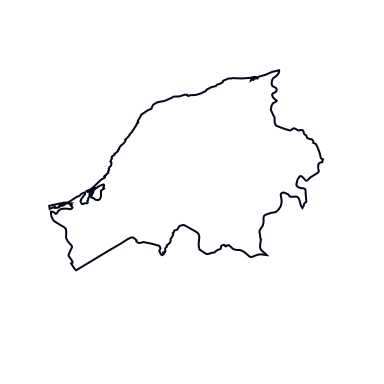 an SVG outline of Oaxaca, rotated 146°
{"feature_id": "MEX-2723", "entity_name": "Oaxaca", "entity_type": "State", "adm_level": 1, "iso_a3": "MEX", "parent_name": "Mexico", "parent_adm1": "", "projection": "orthographic", "projection_center": [-96.38, 17.163], "detail": "fine", "context": "isolated", "style": "outline", "palette": "ink", "viewbox_px": 384, "rotation_deg": 146, "n_neighbors": 0, "source": "natural_earth", "source_scale": "10m", "svg_char_len": 6041}
<svg xmlns="http://www.w3.org/2000/svg" viewBox="0 0 384 384"><g transform="rotate(146 192 192)"><path d="M318.1,260.4L304.3,254.9L301.4,253.0L298.6,252.5L290.2,252.4L288.6,252.1L287.6,251.6L286.6,252.0L285.3,252.2L282.9,252.1L281.6,251.8L281.2,251.2L281.5,250.5L282.2,249.9L287.4,248.2L289.7,246.6L290.0,243.8L289.4,243.2L287.0,242.5L285.6,241.5L285.1,241.4L284.6,241.5L284.2,241.7L283.9,243.0L282.6,243.5L281.5,244.6L281.6,244.8L279.1,246.0L278.1,247.6L277.3,248.2L276.6,247.1L276.4,246.4L276.4,245.7L277.1,245.1L278.0,244.6L278.5,243.9L277.9,242.9L277.0,241.9L276.4,239.7L276.0,239.2L274.4,237.8L273.7,237.6L272.1,237.8L270.7,238.6L269.6,239.7L267.0,243.6L266.4,244.0L262.9,244.0L263.2,245.2L262.8,245.5L262.0,245.7L261.7,246.0L261.0,247.1L261.1,247.7L262.3,248.1L264.9,248.7L267.0,248.9L270.8,248.7L272.8,248.3L273.3,247.8L274.4,246.6L274.8,246.5L275.2,247.5L273.4,248.4L270.8,249.0L269.1,249.2L271.1,249.7L276.6,249.5L278.3,250.2L279.2,251.6L278.9,251.9L275.8,251.0L271.2,251.2L261.0,253.0L258.8,253.0L257.6,252.7L256.0,252.8L255.6,253.2L256.0,254.0L255.3,254.3L253.7,254.0L253.0,254.6L250.9,254.6L250.1,255.3L250.0,256.1L248.8,256.5L248.1,257.1L248.1,257.8L247.9,258.0L247.1,258.2L246.6,258.7L244.7,259.0L243.8,259.6L242.3,261.6L242.6,262.9L241.9,263.2L241.0,264.0L239.5,264.6L239.3,265.5L238.9,266.1L235.4,266.2L235.2,266.8L230.6,267.3L230.1,268.1L228.4,268.3L228.1,269.1L225.2,270.2L222.6,270.4L219.7,271.0L218.3,271.9L218.3,272.6L215.6,273.1L212.2,274.0L211.7,274.5L207.4,275.5L206.9,276.1L204.7,276.7L203.1,277.7L201.8,278.0L200.2,279.1L199.5,279.2L199.2,279.6L198.6,279.9L197.9,279.6L197.3,280.2L197.4,281.1L192.7,283.3L190.7,284.5L187.7,284.4L183.2,284.5L179.0,283.7L178.1,284.6L176.7,285.2L175.7,285.9L174.6,286.1L171.9,285.7L171.5,286.0L168.0,284.7L164.0,282.9L156.6,281.5L154.1,281.4L149.0,278.3L143.5,276.7L141.8,275.4L142.1,275.1L141.1,273.4L140.2,273.6L138.7,272.8L135.2,270.7L132.5,269.6L128.8,268.6L127.7,268.6L124.1,268.0L122.7,268.7L117.2,268.0L113.0,266.5L111.3,266.9L107.8,266.0L105.2,265.9L103.9,266.8L98.4,265.7L97.3,265.2L96.1,264.2L94.6,263.7L88.1,258.9L85.9,257.5L79.7,254.0L77.6,253.3L75.6,252.4L74.5,251.2L78.1,252.2L79.9,252.5L80.8,251.6L79.9,251.7L78.2,250.6L77.4,251.2L76.2,250.7L75.0,250.3L74.5,249.6L74.2,249.5L73.9,249.9L73.1,250.3L71.9,250.2L65.9,248.2L58.2,246.7L53.0,244.7L51.8,244.3L51.7,244.1L51.8,243.9L52.7,242.9L53.8,242.1L55.0,241.6L56.5,241.2L61.4,240.8L62.9,240.0L64.4,238.5L65.7,236.8L66.1,234.9L64.3,231.4L64.3,229.9L65.1,228.8L66.6,228.1L69.7,228.5L70.9,228.1L71.1,227.9L71.4,227.4L71.9,225.6L71.7,223.8L70.7,220.3L72.2,219.9L74.7,220.3L75.5,220.2L78.2,218.8L78.5,218.6L79.0,217.6L79.9,217.0L80.4,216.4L80.8,215.6L81.7,210.0L81.7,208.0L84.1,204.2L84.9,202.2L85.2,200.9L84.9,199.6L82.8,196.5L79.2,191.6L76.4,188.3L75.7,188.0L73.2,188.1L71.8,187.8L70.8,186.4L70.0,184.6L69.2,183.3L66.9,182.5L66.1,181.8L65.7,180.6L65.9,179.2L66.4,178.0L66.5,176.9L65.7,175.1L66.1,173.5L66.2,172.6L66.0,171.7L65.6,171.2L63.3,168.6L62.9,166.9L63.1,166.1L64.0,165.1L64.0,164.8L62.6,163.0L62.5,161.6L63.2,157.6L64.4,152.8L66.2,148.0L66.0,147.1L65.1,145.9L67.3,144.0L69.3,144.7L71.3,144.6L72.9,143.0L74.2,140.9L75.0,138.9L75.5,138.1L76.2,137.7L77.0,137.6L85.5,137.9L90.3,137.1L90.9,137.4L91.3,137.9L91.8,141.4L92.3,143.3L92.6,144.1L93.3,144.6L94.2,144.7L97.2,143.5L97.9,143.0L100.9,140.3L101.7,139.1L101.7,138.5L101.3,136.7L100.8,136.0L99.7,134.5L98.9,133.8L97.6,132.8L96.9,131.9L96.7,130.8L97.0,129.7L98.4,127.6L102.3,120.6L103.1,119.8L103.9,120.0L105.4,119.6L107.6,117.8L109.4,117.0L109.4,119.5L107.8,124.2L107.1,126.8L107.3,128.8L108.0,129.7L108.9,130.4L110.8,131.5L112.9,132.9L113.4,133.6L113.6,136.3L115.9,139.9L116.6,140.4L117.4,140.8L118.3,140.9L119.2,140.7L119.9,140.2L120.4,139.4L122.2,135.3L124.1,132.6L126.6,130.5L130.2,129.0L132.9,128.6L134.1,128.6L138.2,130.5L143.7,132.0L145.6,131.9L147.2,130.6L148.4,128.6L149.6,127.0L151.6,125.0L152.3,124.4L155.9,123.1L157.8,122.0L158.5,121.0L159.5,118.5L160.8,116.3L161.2,115.3L161.4,114.1L165.2,109.9L166.4,108.2L167.1,106.2L166.9,104.1L165.6,99.8L165.3,97.9L169.3,101.4L171.3,102.7L173.5,103.5L178.0,104.5L179.3,105.0L180.3,106.0L182.2,113.0L183.5,115.5L185.1,117.5L187.8,119.3L189.2,121.0L189.8,121.9L191.1,127.1L192.6,128.1L194.0,127.9L194.6,128.1L194.8,128.6L194.6,129.7L195.1,130.3L196.6,130.9L197.4,130.9L198.2,130.8L199.3,129.4L199.7,129.0L200.5,128.9L202.5,129.5L205.0,129.7L206.7,129.3L207.3,129.4L209.8,130.6L212.6,131.3L214.3,132.1L215.4,133.9L217.0,138.0L218.0,139.9L216.9,143.0L215.3,145.5L211.0,150.7L210.1,153.2L210.2,154.9L210.8,156.6L216.8,168.6L217.6,169.5L221.0,170.8L222.8,170.3L224.9,169.2L226.3,169.3L227.9,169.9L228.6,169.8L229.4,168.9L230.9,168.7L231.1,167.5L231.3,167.3L234.4,165.5L235.9,165.1L237.4,163.1L238.6,162.3L239.9,162.0L242.6,162.0L242.6,161.5L243.1,160.8L244.8,160.6L245.9,160.0L246.7,159.0L247.3,157.7L247.8,157.3L249.7,158.1L250.1,157.8L249.6,156.8L249.9,156.4L251.9,156.2L252.4,156.8L252.6,157.6L252.1,161.5L249.9,162.7L249.5,163.4L249.2,165.6L254.6,172.0L258.3,175.6L259.9,177.5L263.0,178.6L264.5,179.4L265.3,180.5L265.7,181.9L265.7,182.4L265.0,182.9L265.0,183.1L266.2,187.1L268.2,188.4L272.0,188.9L279.2,189.0L294.5,190.0L331.8,191.9L332.2,193.4L332.3,195.2L332.2,200.5L330.6,200.2L330.0,201.3L329.9,202.9L330.0,208.0L329.7,208.7L326.3,211.0L322.7,213.1L322.0,213.9L321.8,215.1L322.5,219.9L322.5,221.2L322.2,223.7L321.7,224.9L318.4,229.5L317.2,232.1L317.8,234.6L318.4,235.7L321.7,242.9L322.5,245.0L322.7,246.8L322.4,249.2L321.8,251.5L321.3,252.3L319.9,254.6L318.8,253.7L318.0,252.7L317.6,251.9L317.2,250.1L316.4,249.8L313.9,250.9L311.5,251.3L308.9,250.6L306.5,249.2L304.4,247.6L303.1,246.2L302.2,245.7L300.9,245.5L299.8,245.9L299.7,246.8L300.0,247.9L299.9,248.9L299.5,248.9L299.0,248.6L298.7,248.8L298.8,249.2L300.1,249.5L300.0,249.8L299.5,250.2L298.7,250.2L304.2,253.9L307.4,255.2L309.0,254.8L304.5,253.1L304.5,252.7L306.0,252.8L308.5,253.7L309.6,253.9L311.2,253.8L311.8,253.9L314.8,255.6L314.8,256.0L314.0,256.0L314.0,256.5L318.2,257.3L319.4,257.7L318.1,260.4Z" fill="none" stroke="#020617" stroke-width="2"/></g></svg>